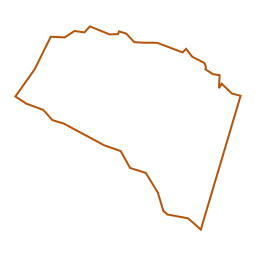 Louisa, Virginia, United States of America (Equal Earth projection)
{"feature_id": "52423323B75388125426671", "entity_name": "Louisa", "entity_type": "district", "adm_level": 2, "iso_a3": "USA", "parent_name": "United States of America", "parent_adm1": "Virginia", "projection": "equal_earth", "projection_center": [-77.968, 37.941], "detail": "fine", "context": "isolated", "style": "outline", "palette": "amber", "viewbox_px": 256, "rotation_deg": 0, "n_neighbors": 0, "source": "geoboundaries", "source_scale": "gbopen_adm2", "svg_char_len": 617}
<svg xmlns="http://www.w3.org/2000/svg" viewBox="0 0 256 256"><path d="M104.2,145.3L120.7,151.1L128.0,164.2L130.1,168.0L145.8,172.9L157.9,192.7L163.3,210.8L167.4,214.5L188.0,218.3L192.1,221.8L200.8,229.6L220.2,164.4L240.6,95.8L231.8,93.5L221.7,83.7L219.0,88.2L219.6,75.2L212.8,74.1L205.4,69.3L206.0,67.2L204.5,63.1L192.3,56.8L186.1,48.9L182.6,52.4L157.2,42.8L143.8,42.7L134.3,42.2L126.3,33.6L119.0,31.4L118.0,34.1L109.6,34.4L89.9,26.4L84.5,32.4L74.5,31.0L64.6,37.4L50.8,36.7L34.6,69.4L15.4,96.5L26.3,103.6L43.2,109.9L46.9,113.9L52.3,120.1L63.6,123.5L104.2,145.3Z" fill="none" stroke="#b45309" stroke-width="2"/></svg>